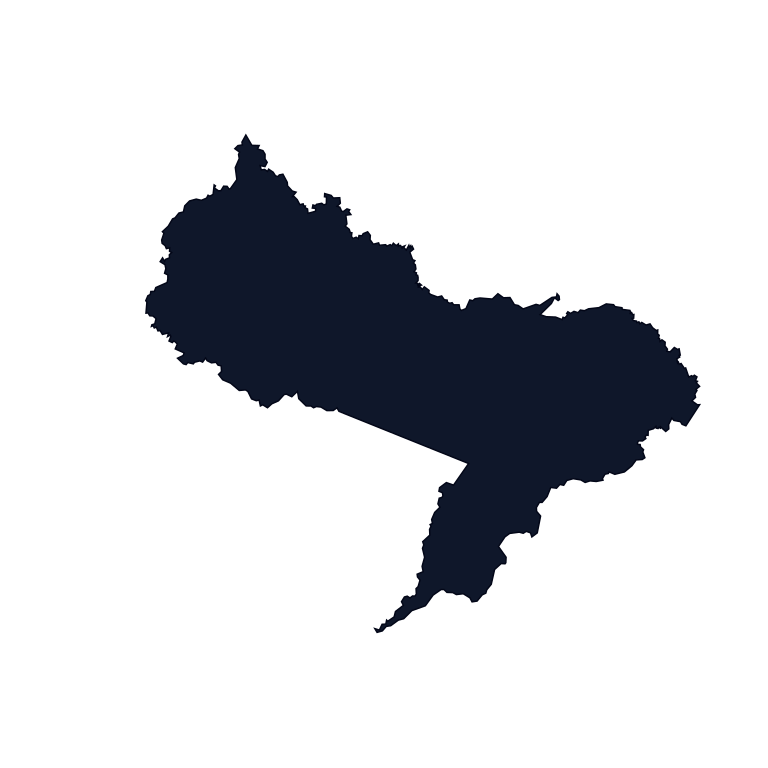 the district of Vegachí, Antioquia, Colombia, rotated 216°
{"feature_id": "7082276B51792749942649", "entity_name": "Vegachí", "entity_type": "district", "adm_level": 2, "iso_a3": "COL", "parent_name": "Colombia", "parent_adm1": "Antioquia", "projection": "albers", "projection_center": [-74.763, 6.859], "detail": "fine", "context": "isolated", "style": "filled", "palette": "ink", "viewbox_px": 768, "rotation_deg": 216, "n_neighbors": 0, "source": "geoboundaries", "source_scale": "gbopen_adm2", "svg_char_len": 6171}
<svg xmlns="http://www.w3.org/2000/svg" viewBox="0 0 768 768"><g transform="rotate(216 384 384)"><path d="M642.1,504.2L641.1,496.2L639.1,494.2L642.3,491.0L643.0,486.7L637.1,486.7L636.6,484.2L633.6,481.3L631.5,471.7L623.2,462.9L623.1,451.8L623.8,450.6L627.1,451.7L630.0,449.8L629.6,444.6L631.4,443.0L636.5,442.9L636.8,445.2L638.4,445.2L633.7,436.9L635.3,433.6L637.3,433.3L636.8,430.1L639.7,425.3L644.6,423.2L648.9,417.8L649.9,411.0L647.4,405.3L650.4,401.8L650.7,395.6L652.1,393.3L651.3,384.8L652.8,377.0L650.7,376.7L648.5,369.8L646.2,367.4L642.4,367.3L639.6,365.6L637.4,368.2L635.5,365.3L633.1,365.6L633.6,362.3L631.7,360.0L634.0,356.4L633.6,354.2L637.3,355.9L637.0,351.4L631.3,351.8L628.3,349.1L626.6,344.6L623.0,345.2L620.6,341.9L619.1,338.6L625.3,327.9L624.2,324.0L627.0,321.8L625.7,319.0L626.9,316.6L625.7,311.4L623.9,310.8L618.2,301.4L616.7,302.8L613.6,301.5L611.0,303.2L606.8,302.9L604.8,297.9L606.6,295.5L606.0,293.9L605.0,295.5L602.8,294.3L601.6,296.2L598.1,294.1L596.5,295.6L592.4,293.9L588.3,298.7L587.0,295.1L585.7,297.9L584.4,297.2L583.2,292.4L579.6,293.1L579.4,295.1L578.2,295.4L574.7,294.9L573.5,289.7L564.0,291.7L563.2,289.0L566.2,283.5L558.1,282.4L555.5,283.4L555.4,286.0L550.1,288.2L550.1,290.2L546.6,294.4L543.6,295.1L543.6,300.1L540.8,298.9L536.0,299.7L532.7,302.8L529.3,301.7L526.4,303.0L522.8,298.6L523.5,294.5L517.0,292.6L508.6,294.5L497.3,293.7L492.6,297.8L489.8,298.0L482.4,294.1L477.5,295.4L475.6,297.6L471.1,293.6L469.9,295.9L464.3,296.3L463.1,302.1L459.5,308.3L458.6,316.7L457.1,318.4L451.1,319.5L449.7,327.2L444.3,322.0L434.1,320.5L430.1,323.3L427.0,323.4L425.5,326.0L421.4,328.3L414.6,328.9L409.5,332.7L408.0,337.1L404.3,335.4L268.8,369.4L268.3,343.1L275.6,340.9L278.1,332.8L276.5,329.5L272.9,330.4L270.7,328.3L270.4,326.3L272.2,324.1L269.9,318.7L266.3,317.2L267.5,309.9L265.8,302.4L262.8,299.6L264.1,297.4L262.3,296.5L261.7,293.2L258.1,288.7L260.0,279.2L257.2,277.2L256.3,273.7L249.3,267.7L246.0,258.9L242.0,255.2L245.4,249.6L243.5,247.6L239.6,246.5L237.3,240.1L237.8,237.3L234.3,233.0L234.4,230.5L236.3,229.3L237.2,226.2L240.5,226.0L242.3,223.7L241.9,218.2L238.2,216.3L241.0,206.7L238.9,201.5L241.5,194.3L243.1,194.5L241.4,190.8L244.3,188.5L243.1,182.2L247.6,180.7L243.6,179.0L240.2,183.3L239.7,189.2L236.5,192.4L233.6,201.4L230.1,205.7L228.3,217.0L220.2,228.9L220.2,242.1L217.0,251.3L214.7,253.0L210.6,252.4L205.7,255.7L201.7,256.2L196.6,260.9L188.8,261.5L184.7,259.5L181.1,263.1L180.6,271.2L178.7,274.6L179.9,277.9L179.5,285.0L185.5,298.9L183.7,307.6L180.4,309.7L180.4,311.0L183.4,315.6L195.9,319.8L196.3,331.4L194.5,337.0L187.5,343.6L183.6,345.1L182.3,348.4L178.0,349.7L174.5,347.2L172.5,353.6L179.7,369.2L185.7,370.7L188.1,373.6L188.7,379.6L186.5,381.2L185.9,388.8L188.3,398.3L183.2,401.1L182.7,406.1L179.1,407.7L179.4,413.4L175.3,418.6L168.4,422.1L163.4,422.6L160.4,426.7L155.0,429.9L150.3,434.9L151.7,435.9L152.2,440.9L149.9,443.5L150.3,445.2L144.2,446.6L137.8,454.2L135.4,463.6L135.4,470.8L130.7,474.7L129.6,477.7L134.7,481.1L135.4,483.4L139.5,483.9L141.2,485.6L143.4,484.2L144.4,485.5L144.7,487.6L141.4,489.9L140.1,493.8L141.7,494.6L141.7,496.9L140.2,497.7L143.0,501.8L139.7,506.2L139.1,509.5L137.9,508.3L136.1,509.1L136.2,510.4L134.5,510.7L135.2,511.9L128.2,511.2L127.2,515.1L129.9,518.5L131.1,525.6L128.1,524.9L122.0,527.8L119.2,526.6L115.2,527.6L116.5,552.8L118.2,551.4L125.0,551.3L124.1,556.3L126.6,558.5L127.0,562.7L128.5,563.1L127.3,567.6L132.1,568.5L132.0,570.4L134.0,569.7L135.0,573.7L138.1,573.5L138.4,571.5L140.0,571.6L141.6,568.8L149.4,574.3L150.2,573.2L155.7,575.2L156.8,573.5L158.8,574.8L158.9,573.6L161.9,576.6L160.6,579.6L162.1,580.6L161.3,581.5L165.9,585.9L166.9,584.5L170.6,584.2L171.4,578.2L174.4,576.7L175.2,578.8L179.1,580.0L181.1,583.1L185.1,583.1L185.7,580.7L187.8,582.7L188.8,582.2L190.0,585.2L192.0,585.3L194.3,588.6L195.2,587.3L199.8,587.4L204.1,589.0L206.7,585.7L211.7,585.3L212.4,583.1L214.3,584.1L215.6,582.3L216.7,583.3L219.5,581.9L221.9,582.9L220.7,584.0L222.7,587.1L223.6,586.2L225.6,587.3L226.5,585.1L226.4,586.9L228.3,588.1L235.1,584.4L236.3,585.6L242.5,582.4L244.9,583.1L251.3,579.4L255.0,572.1L262.7,565.1L264.9,561.1L268.6,559.2L268.9,555.8L273.0,554.4L274.5,550.8L277.7,550.5L277.7,548.4L276.1,548.1L276.5,543.8L278.4,543.2L277.7,540.8L284.5,539.0L292.3,533.8L298.5,531.9L295.9,547.5L296.8,554.0L292.2,553.9L291.7,555.4L294.0,558.0L297.0,558.7L295.7,555.8L299.0,552.8L304.1,539.2L307.8,537.8L315.6,526.5L321.6,526.4L325.1,524.8L332.9,528.0L338.0,524.0L344.9,524.0L346.3,516.4L356.9,510.0L360.5,506.4L361.1,503.6L364.0,502.4L362.0,493.2L364.6,489.0L366.7,489.3L369.8,492.2L374.2,489.0L376.7,489.8L378.3,487.9L381.0,487.6L382.2,489.0L384.8,487.6L389.1,489.1L391.7,485.9L399.1,483.8L401.4,484.1L402.5,486.2L408.5,486.3L408.6,483.0L411.9,483.8L413.1,482.6L413.7,483.8L411.9,486.0L414.5,486.2L414.9,483.9L416.0,485.1L417.7,484.3L417.2,487.6L419.1,490.3L420.7,491.7L422.3,491.1L423.1,493.0L425.7,492.4L425.8,495.8L428.7,498.8L431.2,499.1L431.5,502.0L433.9,501.4L440.6,505.8L439.4,510.5L442.2,512.0L442.4,510.1L443.7,511.5L443.9,509.6L445.4,510.8L444.7,505.4L448.3,506.1L448.4,507.9L450.0,505.4L448.5,504.1L452.0,505.8L453.5,504.7L452.9,503.1L454.7,505.7L455.5,503.1L459.2,503.4L458.9,500.5L460.9,500.4L462.8,497.1L464.5,497.7L469.2,493.6L471.3,495.0L474.8,490.8L480.2,492.6L482.4,496.2L486.7,497.5L489.2,493.4L488.9,491.0L491.5,489.4L490.1,486.4L492.8,486.4L494.7,483.4L497.1,484.3L498.9,487.5L500.3,486.7L503.1,488.7L508.2,488.9L508.1,491.7L514.1,498.1L510.4,501.6L514.0,502.8L514.2,504.8L516.9,503.9L518.3,499.6L519.9,498.9L523.7,501.1L526.4,500.1L525.6,504.6L529.3,508.7L534.3,504.7L537.6,505.5L543.9,503.2L542.2,500.5L540.4,501.4L536.5,495.8L537.9,493.5L540.6,493.6L544.2,489.7L544.3,487.9L546.7,487.1L545.4,484.2L542.5,485.9L540.9,483.5L545.8,477.4L548.8,480.7L551.6,480.2L552.2,481.8L553.7,480.9L555.3,482.2L557.5,479.6L562.5,482.1L566.7,482.8L568.2,481.8L567.9,487.5L571.6,486.2L578.5,487.6L580.8,490.3L589.1,494.3L591.6,491.6L591.6,489.6L594.1,488.6L598.2,490.2L603.6,490.0L603.2,487.5L606.7,487.4L609.2,485.1L612.6,487.9L608.1,489.9L608.8,494.7L612.5,496.1L615.3,500.0L619.1,501.6L624.5,499.8L625.2,503.5L631.2,499.4L642.1,504.2Z" fill="#0f172a" stroke="#020617" stroke-width="1.5"/></g></svg>